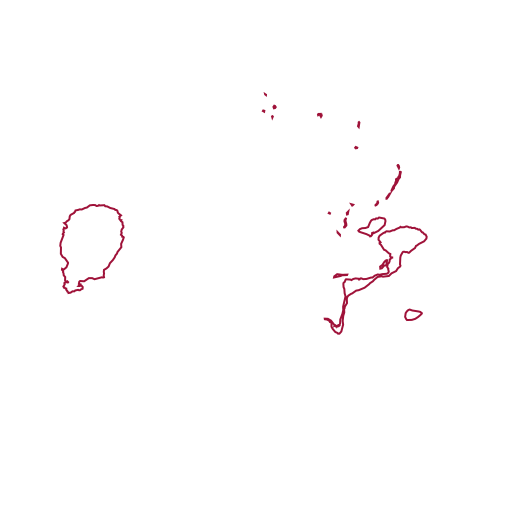 Kiriwina-Goodenough District, Milne Bay, Papua New Guinea (Natural Earth projection), rotated 50°
{"feature_id": "67681753B57057490318375", "entity_name": "Kiriwina-Goodenough District", "entity_type": "district", "adm_level": 2, "iso_a3": "PNG", "parent_name": "Papua New Guinea", "parent_adm1": "Milne Bay", "projection": "natural_earth1", "projection_center": [150.66, -8.912], "detail": "fine", "context": "isolated", "style": "outline", "palette": "rose", "viewbox_px": 512, "rotation_deg": 50, "n_neighbors": 0, "source": "geoboundaries", "source_scale": "gbopen_adm2", "svg_char_len": 6163}
<svg xmlns="http://www.w3.org/2000/svg" viewBox="0 0 512 512"><g transform="rotate(50 256 256)"><path d="M138.1,333.3L134.8,334.0L133.8,333.9L132.5,333.2L131.3,333.2L130.2,334.2L129.1,334.2L125.5,336.8L122.4,338.1L121.0,339.5L119.6,339.5L116.8,343.3L116.1,343.5L116.0,344.8L115.2,346.0L113.6,346.5L112.2,348.0L110.4,350.7L110.2,354.4L109.3,356.1L108.4,359.5L106.8,361.3L106.6,362.2L105.1,365.0L105.9,366.5L105.8,367.3L106.1,367.7L105.4,371.2L105.5,372.3L106.0,373.3L107.8,375.2L108.1,376.7L107.8,378.6L108.1,380.4L107.5,381.7L110.6,381.3L112.5,382.2L112.7,382.6L112.5,384.1L111.0,384.9L111.7,385.6L111.7,386.4L113.1,387.1L113.7,387.9L114.5,388.0L114.8,389.7L115.1,390.1L116.2,389.9L120.3,397.2L122.4,399.4L124.1,399.9L128.9,404.1L132.4,404.7L134.8,403.8L140.3,404.3L140.9,404.9L142.8,408.5L142.8,411.5L142.1,412.5L141.2,412.8L141.8,413.5L143.7,413.4L144.3,414.2L145.6,414.6L147.2,415.7L149.5,415.7L151.9,417.9L153.6,418.2L154.0,416.8L155.3,416.7L155.4,417.0L155.0,417.5L154.3,417.8L153.4,419.9L153.8,420.4L154.7,420.7L155.6,423.2L157.0,423.4L157.2,422.9L158.1,422.9L159.0,422.3L159.9,423.1L161.4,423.0L161.9,423.4L163.6,423.0L163.9,423.3L164.9,421.6L165.1,419.3L166.3,417.9L166.2,416.6L167.6,414.0L168.5,413.6L169.1,412.8L169.1,411.4L169.6,409.9L168.4,408.7L166.4,408.7L165.9,409.2L165.8,410.2L164.9,411.2L164.6,408.9L163.5,409.6L162.1,407.9L162.1,406.8L164.9,403.9L165.5,398.3L167.7,395.7L170.0,394.6L173.2,387.8L174.2,387.0L174.6,386.1L172.9,385.1L171.8,383.7L170.3,382.8L168.9,381.3L169.4,378.6L169.3,375.7L167.6,372.5L167.1,368.3L166.2,365.1L165.2,363.3L164.8,361.0L163.9,359.5L162.7,353.5L160.0,351.5L158.1,347.5L156.7,345.3L156.1,345.3L155.2,346.1L154.3,345.5L152.9,345.8L152.0,344.0L150.7,343.6L149.4,341.8L148.8,339.2L148.3,339.0L147.8,338.3L146.4,338.2L144.3,336.6L142.7,337.0L142.0,336.2L141.6,336.9L139.6,336.8L139.1,335.8L138.1,335.5L138.1,333.3ZM351.0,112.9L348.6,112.3L347.6,113.0L345.1,113.1L344.5,113.6L341.3,113.5L340.7,113.7L340.1,114.8L338.9,115.0L337.7,116.1L336.5,116.3L334.7,118.7L333.5,119.0L332.7,120.2L330.9,121.0L329.9,121.9L329.2,124.0L327.3,126.3L326.5,126.6L326.6,127.6L325.5,131.1L325.1,133.6L324.2,134.7L323.2,137.8L321.0,140.1L320.7,141.5L321.0,142.0L320.3,143.4L319.9,148.2L320.7,150.2L322.3,151.7L325.5,151.8L325.3,152.8L326.0,153.4L327.7,153.1L333.6,153.9L334.9,153.1L339.3,152.5L340.8,151.8L342.4,153.4L343.5,153.6L345.3,152.0L344.3,153.6L344.8,155.1L344.6,155.7L346.1,157.3L346.7,158.6L346.8,160.3L348.8,162.6L350.8,162.8L351.2,163.3L353.2,164.3L353.7,165.0L353.9,166.0L353.7,167.2L351.0,171.0L349.9,173.3L348.4,174.6L347.4,177.7L347.4,180.6L346.5,181.6L344.6,186.1L342.7,188.7L340.7,189.8L340.3,190.4L340.5,191.7L340.3,192.2L339.4,192.0L337.2,194.1L336.1,196.3L335.8,198.4L334.9,198.7L331.7,202.0L331.8,202.7L332.9,204.8L332.8,206.0L333.5,207.0L336.1,208.9L338.0,209.5L341.6,212.1L344.4,213.3L350.8,221.8L352.2,222.9L352.9,221.7L351.9,220.5L350.6,216.6L347.2,214.0L346.1,212.4L345.7,210.7L346.1,207.5L346.5,206.4L346.9,201.5L348.2,199.3L350.1,193.2L350.3,187.5L350.1,186.1L350.5,182.7L350.2,180.8L350.2,176.3L352.4,172.6L353.4,172.1L356.7,167.1L356.4,163.3L357.6,158.4L356.6,155.2L356.7,152.3L356.2,151.5L355.0,151.1L350.0,146.5L348.7,144.8L347.4,141.3L347.4,140.6L347.9,139.8L349.1,139.0L350.1,137.7L351.5,137.2L351.9,136.6L351.7,133.8L352.1,129.1L351.1,126.9L351.4,126.0L351.5,123.4L352.8,117.8L352.2,114.3L351.0,112.9ZM313.9,152.2L315.4,146.2L315.0,137.6L312.5,134.4L311.1,133.6L309.8,133.6L305.6,137.0L305.6,138.7L304.4,139.8L304.5,141.2L303.5,142.2L302.9,144.0L302.9,145.1L303.8,147.5L305.9,151.5L304.9,154.2L302.9,156.9L302.2,159.1L302.4,161.3L303.4,161.4L304.5,160.9L310.3,157.3L313.6,155.8L314.3,156.0L314.7,155.3L314.5,153.8L313.0,152.2L313.3,151.5L313.9,152.2ZM402.1,181.5L405.1,177.7L406.5,174.4L406.9,171.1L406.9,168.1L406.7,166.0L406.4,165.7L404.4,166.1L402.8,167.3L398.2,171.3L395.8,172.7L395.3,174.1L395.4,176.1L396.0,178.1L398.5,180.9L400.9,181.5L402.1,181.5ZM368.7,239.2L364.6,233.4L361.5,231.4L357.9,227.6L356.0,224.7L353.4,222.7L353.5,223.9L355.8,226.9L358.8,232.2L361.8,235.0L362.3,236.1L362.9,236.5L362.9,237.7L362.5,237.7L362.1,237.0L361.9,237.2L362.2,239.4L361.5,239.1L361.3,240.0L360.3,239.8L360.0,240.8L359.5,240.0L359.0,240.3L353.7,240.1L350.3,241.3L348.2,243.6L348.7,243.9L350.4,242.4L352.7,241.5L354.2,241.8L354.9,241.2L355.8,241.2L358.7,243.6L361.0,244.1L365.2,244.1L367.4,243.0L368.2,243.1L369.1,242.0L368.7,239.2ZM345.6,168.9L346.3,167.5L345.7,163.8L347.0,162.3L343.5,158.3L343.1,158.7L342.8,160.0L343.2,160.7L343.0,161.4L344.1,165.0L343.9,167.7L345.6,168.9ZM293.3,110.3L292.8,106.8L291.7,105.7L290.4,100.7L288.7,97.3L288.3,95.1L286.9,93.9L284.8,91.1L284.4,91.2L284.1,91.7L285.1,92.6L286.7,94.8L287.0,96.2L287.6,96.6L287.2,99.4L288.6,100.5L289.2,101.9L290.4,103.3L290.9,105.9L292.9,110.1L293.3,110.3ZM322.6,210.0L325.8,203.8L325.9,202.7L329.1,198.5L328.9,198.1L325.9,202.0L322.1,205.5L321.9,209.1L322.6,210.0ZM290.7,170.1L291.1,169.7L290.7,167.2L289.6,166.3L286.4,164.8L284.7,162.4L285.4,165.1L286.4,166.0L288.9,167.0L290.2,168.7L290.3,169.8L290.7,170.1ZM154.4,147.3L154.9,146.3L154.6,145.2L153.3,145.0L152.6,145.4L153.0,146.8L154.4,147.3ZM296.0,119.2L296.2,118.7L295.9,118.2L295.8,117.0L294.3,113.1L294.1,113.6L295.4,118.8L296.0,119.2ZM282.7,159.6L283.0,158.9L281.2,156.7L281.4,158.8L282.7,159.6ZM294.1,131.9L294.4,131.0L294.1,129.0L293.6,128.1L292.5,127.6L292.4,127.9L293.5,129.2L293.8,131.8L294.1,131.9ZM223.2,94.4L220.2,91.0L219.6,91.0L219.6,91.4L220.6,92.2L222.1,94.4L223.2,94.4ZM280.7,90.2L280.3,89.5L278.9,88.7L277.7,88.6L277.5,88.9L277.7,89.5L280.7,90.2ZM237.6,110.4L238.3,109.2L238.1,108.8L236.6,109.5L236.8,110.4L237.6,110.4ZM294.0,178.3L293.7,178.0L290.2,178.2L290.6,178.5L294.0,178.3ZM188.1,117.9L188.5,115.9L188.4,115.5L187.3,116.9L187.5,117.6L188.1,117.9ZM277.6,149.7L279.2,149.9L279.3,149.4L279.2,148.6L277.6,149.7ZM149.4,157.5L150.7,157.0L150.1,156.3L149.2,156.9L149.4,157.5ZM191.2,116.8L190.7,115.4L190.3,115.2L190.3,116.6L191.2,116.8ZM270.0,172.7L271.0,172.2L270.8,171.8L269.8,172.1L270.0,172.7ZM160.5,154.5L160.0,153.5L159.5,153.5L159.4,154.0L160.5,154.5ZM139.1,144.9L138.9,144.7L137.9,145.0L138.1,145.1L139.1,144.9Z" fill="none" stroke="#9f1239" stroke-width="2"/></g></svg>